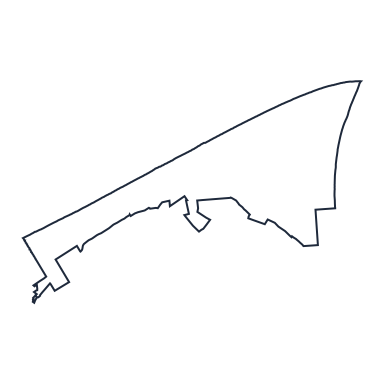 the district of Kolkas pag., Dundagas, Latvia
{"feature_id": "27541924B54610499536765", "entity_name": "Kolkas pag.", "entity_type": "district", "adm_level": 2, "iso_a3": "LVA", "parent_name": "Latvia", "parent_adm1": "Dundagas", "projection": "orthographic", "projection_center": [22.427, 57.687], "detail": "fine", "context": "isolated", "style": "outline", "palette": "slate", "viewbox_px": 384, "rotation_deg": 0, "n_neighbors": 0, "source": "geoboundaries", "source_scale": "gbopen_adm2", "svg_char_len": 5849}
<svg xmlns="http://www.w3.org/2000/svg" viewBox="0 0 384 384"><path d="M54.7,290.8L69.1,282.1L55.6,259.5L76.9,245.9L80.2,251.4L80.5,251.6L81.8,250.2L82.2,249.4L82.4,248.6L82.8,246.2L83.0,245.4L83.6,244.5L83.9,244.0L87.9,240.8L88.9,240.1L91.4,238.9L92.3,238.4L97.0,235.1L98.9,234.1L100.7,233.4L101.6,232.9L108.7,228.4L109.4,227.9L113.2,224.8L114.2,224.2L117.2,222.7L121.9,219.8L124.4,218.6L126.4,217.0L129.4,215.2L129.6,214.9L129.7,214.5L130.7,216.0L134.9,213.4L138.0,212.2L143.8,210.7L144.8,210.4L148.9,207.8L150.1,208.4L150.2,208.7L155.8,207.9L156.7,208.0L157.8,208.2L160.2,204.7L161.1,203.6L162.2,202.3L169.4,200.7L169.9,206.2L184.5,196.2L187.2,200.2L186.0,200.4L188.9,213.9L184.4,215.1L185.0,215.9L192.9,225.7L199.0,231.6L201.4,229.8L203.3,228.8L206.7,224.4L210.1,219.8L206.2,217.7L197.4,211.9L198.1,208.3L197.2,200.5L203.0,200.0L228.6,198.0L231.0,197.8L231.0,197.7L231.4,197.8L236.1,200.5L238.7,203.8L238.9,204.4L242.4,207.2L244.2,209.4L245.5,210.4L248.8,213.6L248.9,213.8L249.1,213.9L249.8,214.6L249.1,215.6L248.6,216.6L248.3,218.3L254.1,220.4L264.8,224.2L267.7,219.5L274.8,222.8L278.4,226.6L285.1,231.1L289.9,235.8L291.5,237.2L292.0,236.3L293.4,237.4L296.3,239.2L296.4,239.4L298.9,241.5L300.0,242.6L302.5,244.8L303.2,245.8L303.5,246.1L317.9,245.1L315.5,209.7L335.2,208.3L335.2,207.9L335.0,206.6L335.0,205.7L334.9,203.8L334.8,200.0L334.5,195.9L334.5,193.6L334.6,190.1L334.7,189.5L334.7,189.1L334.6,187.3L334.7,186.3L334.6,184.9L334.7,183.7L334.7,183.1L334.7,182.5L334.9,175.6L335.4,170.1L335.7,168.2L335.8,167.1L335.8,164.2L336.4,159.2L336.6,157.5L337.0,155.1L337.6,150.6L337.6,149.7L337.8,148.7L338.2,146.7L338.4,145.5L338.7,144.1L340.3,136.6L340.5,135.8L340.7,135.0L341.5,132.0L341.7,131.3L342.1,129.7L342.5,128.6L342.8,127.7L343.2,126.3L344.6,122.5L345.2,121.3L345.7,120.0L346.4,118.7L347.5,116.0L348.1,114.0L348.3,113.0L348.7,111.6L348.9,110.9L349.1,110.4L349.6,109.1L349.7,108.4L350.0,107.7L350.0,107.4L350.8,105.4L351.1,104.5L351.9,102.8L352.3,101.7L352.7,100.9L353.3,99.3L353.8,98.2L354.4,96.6L355.1,95.1L356.3,92.2L356.8,91.3L357.1,90.5L357.7,88.9L358.0,88.1L358.3,87.2L358.6,86.4L358.8,85.7L359.1,85.0L359.3,84.0L359.4,83.6L359.8,83.0L360.2,82.4L360.5,81.6L360.9,81.4L361.0,81.3L360.1,81.2L355.3,81.3L353.8,81.5L352.5,81.6L351.7,81.7L350.9,81.6L350.0,81.6L345.8,82.1L344.5,82.5L343.2,82.6L342.2,82.9L341.0,83.0L338.2,83.8L337.1,84.0L336.0,84.4L334.9,84.6L333.4,85.1L332.1,85.2L330.5,85.7L329.8,85.8L328.8,86.0L323.4,87.6L321.0,88.5L319.7,88.8L312.6,91.4L311.3,92.1L309.3,92.6L308.1,93.2L306.3,93.8L304.9,94.5L303.8,94.8L301.3,95.8L300.4,96.1L295.5,98.2L293.3,99.0L292.5,99.5L290.3,100.6L288.4,101.3L286.6,102.1L285.8,102.4L283.5,103.5L281.8,104.1L280.2,105.0L278.8,105.5L277.7,106.2L275.8,107.0L273.7,108.1L272.6,108.5L271.4,109.1L269.8,109.8L268.6,110.4L266.8,111.2L265.7,111.8L264.3,112.4L262.3,113.5L261.3,113.9L260.1,114.6L259.3,115.0L258.3,115.4L256.8,116.3L255.6,116.7L254.4,117.4L252.1,118.5L249.6,119.8L248.5,120.2L247.0,121.1L245.4,121.8L244.1,122.5L242.4,123.3L241.3,124.0L239.7,124.7L238.9,125.1L236.7,126.2L235.8,126.8L234.1,127.5L233.5,128.0L232.9,128.4L231.0,129.1L230.1,129.7L228.1,130.7L225.3,132.2L223.6,133.0L221.9,134.1L220.6,134.5L219.1,135.5L217.1,136.4L215.7,137.3L214.8,137.7L213.5,138.3L212.4,139.0L210.2,140.1L209.0,140.9L207.1,141.8L205.6,142.7L205.1,142.9L203.9,142.9L203.4,143.1L202.7,143.6L201.4,144.2L201.0,144.4L199.7,145.5L197.9,146.3L196.8,147.2L195.0,148.2L193.9,149.0L192.3,149.6L191.0,150.6L189.5,151.2L188.2,152.0L186.6,152.7L185.6,153.3L182.1,155.0L180.4,155.9L179.3,156.4L175.9,158.1L174.4,159.0L173.9,159.3L172.9,160.1L172.2,160.5L170.7,161.1L170.3,161.4L169.8,161.7L168.2,162.4L166.8,163.3L166.1,163.6L165.4,163.8L164.9,164.0L163.3,165.1L162.6,165.4L162.2,165.4L160.8,166.4L160.1,166.7L159.6,166.7L159.1,166.8L157.9,167.6L155.3,168.6L154.4,169.4L153.2,170.1L152.0,171.0L150.6,171.7L148.5,173.0L147.7,173.4L147.3,173.5L146.7,174.0L146.2,174.3L144.5,175.0L143.4,175.8L142.3,176.3L141.4,176.8L140.1,177.4L138.9,178.1L137.9,178.5L136.7,179.2L134.0,180.6L131.7,181.9L130.7,182.3L130.0,182.8L128.3,183.7L127.7,184.0L125.7,185.2L124.7,185.6L122.9,186.7L121.0,187.5L119.8,188.1L118.8,188.8L117.5,189.3L116.4,190.1L114.5,191.0L113.8,191.6L112.1,192.4L110.9,193.3L109.1,194.0L107.8,194.8L107.1,195.0L106.3,195.5L105.8,195.7L104.3,196.6L104.1,196.8L103.6,197.0L102.2,197.6L101.5,198.0L100.7,198.6L100.0,198.9L98.3,199.9L96.0,201.1L93.7,202.5L91.4,203.5L90.3,204.3L88.9,204.9L88.0,205.5L86.8,206.1L84.7,207.2L83.5,207.7L80.8,209.2L77.6,211.1L76.4,211.6L76.0,211.6L73.8,212.8L72.8,213.2L72.6,213.4L71.6,214.0L71.0,214.3L70.4,214.4L69.7,214.9L64.3,217.3L63.2,218.1L58.3,220.3L56.7,221.3L53.9,222.6L49.2,225.0L46.4,226.5L43.4,228.2L41.7,229.0L41.2,229.3L39.5,229.9L37.5,230.9L36.1,231.6L35.5,231.8L34.9,231.8L32.9,233.1L31.4,233.8L30.4,234.5L26.8,236.2L23.0,238.1L23.5,238.6L24.2,239.9L24.3,240.3L24.6,240.5L24.9,240.5L24.7,241.0L24.8,241.2L25.1,241.4L25.7,242.3L25.7,242.8L26.4,243.3L26.6,244.1L26.9,244.6L27.1,244.6L27.1,244.8L27.4,245.3L27.6,245.8L27.9,246.0L27.9,246.4L29.1,247.9L29.3,248.0L29.5,248.3L29.5,249.3L29.8,249.3L30.0,249.4L30.3,249.7L30.5,250.7L31.0,251.1L31.1,251.5L31.3,251.9L31.2,252.2L31.6,252.4L31.8,252.5L31.9,252.9L32.1,253.0L32.3,253.7L32.6,254.1L32.9,254.3L33.2,255.0L33.7,255.5L33.7,256.0L34.0,256.4L34.6,257.1L34.7,257.4L34.9,257.9L35.3,258.4L35.5,258.6L35.5,258.9L35.6,259.2L35.9,259.5L36.0,259.8L36.3,260.2L36.4,260.3L46.2,276.6L44.0,278.4L39.8,281.1L33.5,285.4L34.5,286.3L36.8,284.6L37.3,289.0L37.2,289.7L37.2,290.2L36.2,290.5L34.0,292.0L36.7,294.1L35.7,294.9L36.0,295.5L35.8,296.2L35.5,296.3L34.8,296.1L33.1,297.9L33.6,298.8L32.9,299.4L32.9,299.8L33.3,300.3L32.8,301.8L34.2,302.8L35.2,300.3L36.4,298.2L37.4,297.2L37.8,297.4L38.3,297.3L39.3,296.5L40.1,295.7L40.1,295.0L42.5,292.1L44.7,289.6L50.0,283.4L50.7,284.2L54.7,290.8Z" fill="none" stroke="#1e293b" stroke-width="2"/></svg>